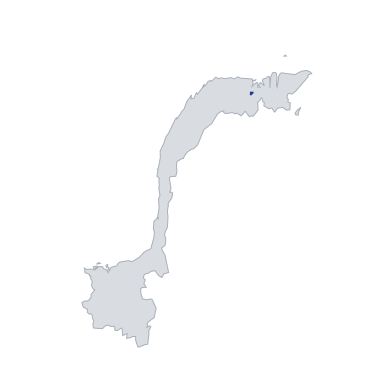 location of Di An, Bình Dương, Vietnam, rotated 219°
{"feature_id": "81297802B25090486882402", "entity_name": "Di An", "entity_type": "district", "adm_level": 2, "iso_a3": "VNM", "parent_name": "Vietnam", "parent_adm1": "Bình Dương", "projection": "equal_earth", "projection_center": [106.783, 10.917], "detail": "fine", "context": "in_parent", "style": "filled", "palette": "blue", "viewbox_px": 384, "rotation_deg": 219, "n_neighbors": 0, "source": "geoboundaries", "source_scale": "gbopen_adm2", "svg_char_len": 4306}
<svg xmlns="http://www.w3.org/2000/svg" viewBox="0 0 384 384"><g transform="rotate(219 192 192)"><path d="M227.8,65.2L225.1,65.5L222.2,68.4L218.5,70.2L217.5,75.4L214.4,77.8L212.9,76.6L209.7,77.7L206.3,76.6L207.5,82.5L204.1,87.2L204.5,90.2L203.6,92.6L197.7,99.2L195.9,99.3L194.6,100.4L191.8,108.3L191.4,114.9L190.1,118.7L188.8,120.3L188.5,122.3L193.0,132.8L195.9,137.0L198.9,139.2L203.2,145.4L202.6,147.0L202.9,150.5L200.8,149.5L201.1,149.9L203.5,151.8L207.2,158.5L213.7,165.6L214.7,169.1L221.0,174.9L220.8,175.7L225.3,180.4L225.8,182.2L229.1,182.0L232.1,187.5L233.1,187.5L233.4,189.8L238.4,199.0L242.5,203.7L244.6,212.3L247.1,218.8L247.1,222.5L250.9,238.5L250.6,240.5L249.9,238.5L250.0,244.5L250.6,247.7L250.4,251.7L253.0,259.1L253.4,267.2L251.5,263.8L249.5,266.2L251.0,272.0L249.3,271.5L249.5,279.3L250.3,282.0L250.1,283.1L249.2,281.0L248.5,284.7L249.2,287.3L248.1,290.2L246.5,290.4L245.7,296.3L242.8,296.7L240.8,299.4L238.2,300.4L233.5,305.5L230.4,306.4L228.8,310.4L226.2,310.9L216.2,317.8L215.0,316.2L213.2,315.5L211.8,311.8L210.8,317.8L210.0,318.2L208.5,317.0L207.1,314.7L205.0,316.3L207.3,316.8L207.9,318.4L207.6,320.2L202.5,320.1L207.1,322.6L208.0,324.3L205.9,327.2L205.8,329.3L204.8,330.3L202.3,328.4L196.9,321.9L203.3,331.1L204.4,335.3L202.9,337.2L201.1,337.3L198.1,334.5L193.3,327.9L191.7,327.0L197.3,336.4L198.1,338.5L197.5,340.9L186.0,347.9L183.0,354.7L179.4,358.6L175.6,359.7L173.5,359.4L175.6,355.9L174.3,354.7L174.8,336.1L175.8,331.3L179.1,329.3L179.1,328.3L178.0,325.5L175.3,324.4L174.1,322.3L171.7,323.1L167.7,317.5L170.0,315.1L174.9,314.7L178.3,310.9L177.9,306.6L178.3,306.0L182.9,307.6L184.5,305.1L190.4,304.2L192.1,307.1L193.6,306.6L196.3,308.7L197.4,308.7L196.9,305.8L197.4,303.1L192.2,297.2L192.1,289.4L193.4,289.0L194.7,286.6L201.4,288.2L201.7,282.2L206.6,281.5L207.7,279.8L210.5,279.2L215.3,274.0L217.3,273.7L218.4,275.0L220.3,272.6L221.2,268.6L219.8,257.4L222.0,248.0L217.3,232.3L217.9,226.7L219.3,224.9L220.8,220.3L220.6,215.3L219.8,212.8L221.1,211.0L222.8,206.5L221.2,203.4L216.4,198.2L214.5,194.0L218.3,190.6L218.4,188.6L210.5,181.5L209.2,177.8L207.3,179.3L205.9,178.3L204.0,174.7L203.3,167.9L202.0,166.8L199.3,161.9L194.9,157.4L189.6,150.1L188.5,147.9L187.9,144.5L185.7,140.7L183.6,139.9L179.9,135.0L179.5,132.9L180.5,129.4L177.9,127.7L173.3,126.0L159.5,114.7L162.4,110.7L161.6,107.0L161.9,106.4L165.7,106.1L171.2,107.6L173.8,104.6L175.0,101.2L176.9,98.6L177.0,97.2L175.6,94.5L173.1,94.4L171.8,90.6L167.6,89.1L170.4,86.6L171.2,84.5L167.4,80.6L163.2,77.8L159.5,79.7L156.7,82.9L155.4,83.4L146.6,79.0L142.4,70.6L144.1,63.9L144.1,61.4L142.4,60.2L141.9,58.5L140.6,61.4L139.3,61.5L138.1,56.4L136.5,55.2L130.6,45.8L132.5,43.8L135.3,38.5L136.4,37.5L142.3,41.1L144.8,44.2L147.4,42.2L147.5,41.0L150.6,37.1L153.4,41.1L155.5,36.8L160.8,42.2L161.6,41.2L162.7,37.5L164.2,36.4L165.3,36.2L166.8,38.4L168.0,38.5L170.6,36.3L173.2,35.9L175.0,33.9L175.6,29.7L176.2,28.9L183.0,24.3L185.7,26.7L187.5,30.3L189.9,31.3L192.4,33.7L194.4,33.4L195.0,32.5L197.5,32.6L199.6,35.1L204.0,34.0L208.0,36.9L206.6,40.0L204.7,41.5L204.1,43.1L204.2,46.6L205.9,48.9L206.0,54.7L207.1,54.2L211.1,55.9L212.6,58.8L214.6,60.6L216.1,60.7L217.5,63.0L218.8,62.2L219.5,63.2L222.3,62.9L224.3,61.9L227.8,65.2ZM161.5,318.0L161.7,321.8L160.7,326.3L159.6,321.4L157.8,318.5L160.1,317.2L161.5,318.0ZM221.7,71.7L219.3,74.6L218.4,74.5L219.6,70.6L221.7,71.7ZM212.2,82.3L211.5,82.4L210.1,80.5L210.8,79.6L212.4,80.3L212.7,81.1L212.2,82.3ZM220.3,78.2L219.4,78.8L218.3,78.8L220.8,75.8L220.3,78.2ZM208.2,78.2L209.2,81.2L207.8,79.6L208.2,78.2ZM215.0,316.8L213.1,319.3L213.0,318.1L215.0,316.8ZM205.8,357.0L204.3,357.0L205.9,355.5L205.8,357.0Z" fill="#d9dde1" stroke="#a8b0b8" stroke-width="1"/><path d="M207.7,304.8L207.6,304.7L207.5,304.8L207.4,305.0L207.4,305.3L207.4,305.5L207.3,306.5L207.2,306.6L207.2,306.8L207.3,306.7L207.3,306.8L207.3,306.7L207.3,306.8L207.5,306.9L207.4,306.9L207.4,307.0L207.5,307.1L207.6,306.9L207.6,306.7L207.7,306.4L207.8,306.4L207.8,306.5L207.8,306.4L207.8,306.5L208.0,306.7L208.0,306.8L208.0,307.0L208.1,306.9L208.3,306.9L208.5,306.8L208.6,306.7L208.7,306.4L208.8,306.4L209.0,306.3L208.9,306.2L208.7,306.2L208.5,305.9L208.4,305.8L208.2,305.8L208.2,305.7L208.1,305.8L208.1,305.7L208.0,305.4L207.9,305.4L207.8,305.2L207.7,305.1L207.7,304.9L207.7,304.8Z" fill="#3b82f6" stroke="#1e3a8a" stroke-width="1.5"/></g></svg>